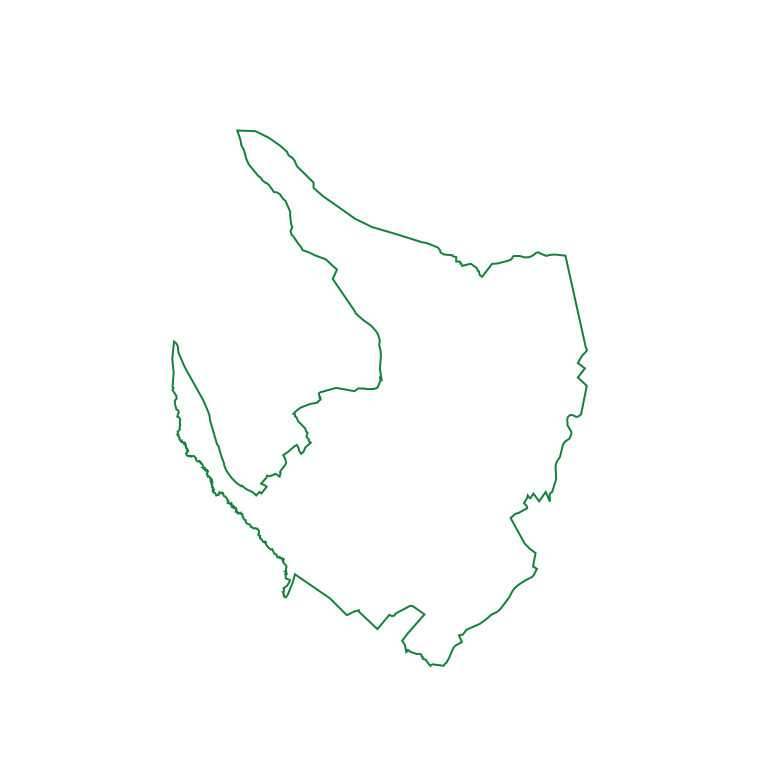 Draganesti, Bihor, Romania, rotated 252°
{"feature_id": "2599482B33118901585448", "entity_name": "Draganesti", "entity_type": "district", "adm_level": 2, "iso_a3": "ROU", "parent_name": "Romania", "parent_adm1": "Bihor", "projection": "equal_earth", "projection_center": [22.416, 46.641], "detail": "fine", "context": "isolated", "style": "outline", "palette": "green", "viewbox_px": 768, "rotation_deg": 252, "n_neighbors": 0, "source": "geoboundaries", "source_scale": "gbopen_adm2", "svg_char_len": 6163}
<svg xmlns="http://www.w3.org/2000/svg" viewBox="0 0 768 768"><g transform="rotate(252 384 384)"><path d="M450.0,596.2L454.4,586.4L455.6,581.2L455.6,578.1L459.5,573.3L461.5,571.6L461.7,568.6L461.3,568.3L460.0,564.1L459.8,560.9L460.9,557.0L463.9,552.4L465.5,547.3L465.4,546.1L463.1,543.5L462.9,539.1L463.6,528.8L464.9,524.0L455.6,510.4L458.1,508.7L462.1,509.0L462.5,508.3L465.7,508.0L471.6,503.7L472.2,494.8L474.7,494.7L474.9,493.9L476.8,494.2L478.2,490.5L482.4,491.9L484.3,488.8L485.3,488.9L488.5,481.3L491.6,478.4L494.1,478.6L497.3,477.3L504.7,468.4L507.3,463.6L523.2,441.3L536.9,421.2L549.9,407.7L581.1,384.3L592.2,377.6L597.4,379.2L617.8,368.6L623.7,368.0L627.6,366.6L630.8,364.0L635.0,363.4L642.7,358.9L653.8,350.5L664.2,339.8L670.4,322.8L660.0,322.9L655.3,322.1L649.4,323.1L640.9,322.6L634.7,323.2L620.6,328.8L617.9,330.8L615.5,331.1L611.6,333.7L611.2,334.7L608.4,336.2L600.5,338.7L599.3,341.5L596.8,343.5L591.7,345.1L588.5,346.9L576.7,348.0L573.4,346.8L564.4,345.1L561.4,345.1L558.1,342.3L554.3,342.3L552.2,343.4L543.3,346.0L540.6,347.3L536.6,347.9L531.8,353.9L527.5,358.3L520.7,367.0L507.3,374.6L499.8,367.7L461.6,378.9L459.9,378.9L452.0,383.5L442.7,390.2L435.6,393.1L432.3,393.7L426.9,393.5L422.0,391.3L417.2,391.1L412.2,389.9L399.3,384.7L389.2,383.1L390.7,382.2L388.4,381.8L382.6,376.9L382.3,373.3L384.2,366.8L386.3,362.7L386.3,361.8L387.8,358.4L386.3,353.7L395.1,337.3L395.8,320.7L395.1,319.1L392.8,318.7L391.2,319.3L390.9,318.6L388.9,319.0L387.6,315.6L386.9,315.2L387.8,307.3L387.7,304.6L387.3,297.4L385.7,292.7L383.6,288.7L383.0,289.7L382.2,289.9L380.6,289.4L379.1,290.6L375.4,290.7L366.4,295.2L362.7,295.3L361.4,296.3L357.9,293.9L354.3,295.4L352.8,294.8L350.9,296.3L347.9,289.5L344.5,286.6L343.2,283.6L346.7,282.7L350.3,282.9L353.0,282.3L352.3,279.3L349.0,271.6L347.5,266.2L343.5,266.9L339.6,266.7L337.9,265.4L333.3,258.8L332.3,257.9L331.2,258.1L328.2,256.1L332.1,253.1L331.5,246.9L333.0,244.5L331.4,243.4L327.2,236.4L324.2,239.6L322.5,240.6L317.8,233.6L319.9,232.2L317.5,228.0L321.3,226.0L326.9,220.2L331.2,217.5L331.4,217.0L331.0,216.5L335.5,213.1L342.3,209.8L350.4,207.3L355.2,206.9L358.1,207.3L365.8,207.0L376.1,207.4L378.2,206.6L402.9,207.3L408.0,208.3L413.5,208.1L424.2,207.1L461.7,199.7L477.3,198.2L483.9,199.6L487.4,198.8L489.2,197.4L473.6,190.5L459.7,187.4L446.3,181.9L445.2,182.6L443.8,181.0L437.1,182.8L434.2,182.3L432.8,179.9L429.6,179.0L423.9,178.7L422.7,180.0L420.5,180.1L416.8,177.3L415.8,178.7L413.4,179.2L409.8,177.6L408.2,177.7L406.5,176.4L403.7,175.7L402.4,173.0L400.7,172.9L399.8,171.8L398.8,172.8L398.2,172.2L396.0,173.0L395.0,172.4L392.1,173.2L392.5,174.1L391.1,174.0L391.1,174.6L390.0,175.2L389.9,176.4L389.2,176.5L388.4,176.6L388.3,175.7L387.3,176.6L386.7,176.5L386.9,176.1L383.9,176.0L383.4,176.3L383.4,176.9L380.8,177.1L380.1,175.9L381.0,176.0L378.9,174.2L376.9,174.6L375.5,176.1L375.8,176.9L375.2,178.3L374.5,178.2L374.5,180.3L374.1,181.1L371.6,182.3L370.1,181.7L369.1,182.1L367.6,183.2L368.0,184.6L366.6,185.4L365.9,185.0L365.1,185.3L365.2,185.8L362.9,186.5L360.6,186.4L360.6,185.5L359.2,186.5L360.1,187.0L359.3,187.8L357.4,188.1L357.5,187.3L356.9,187.3L356.2,188.4L356.7,188.4L356.7,189.3L355.1,189.5L353.4,187.6L351.2,188.3L351.4,187.8L350.9,187.6L350.3,187.8L350.2,188.6L349.2,189.7L348.0,189.5L347.1,190.7L345.6,190.6L346.2,190.3L346.2,189.3L345.7,189.1L344.3,189.2L344.7,189.7L344.5,190.3L342.1,189.0L341.6,189.6L339.3,188.6L337.5,188.9L337.8,189.5L335.6,189.4L336.0,188.5L335.1,187.8L333.4,188.4L332.3,189.8L329.8,190.0L330.1,191.5L329.6,192.3L332.0,194.1L330.1,195.5L330.1,195.9L330.8,195.8L330.8,196.6L329.6,197.2L328.1,196.9L326.4,197.4L326.2,198.2L322.9,199.4L320.0,198.9L320.1,199.5L318.9,198.7L317.7,200.8L318.1,201.9L317.7,202.2L316.4,201.2L315.7,202.0L314.2,201.2L313.8,202.0L314.9,202.3L314.8,203.0L313.3,203.5L312.5,202.9L312.4,204.3L311.8,204.9L310.9,204.4L310.4,204.8L308.6,203.6L308.5,204.7L307.2,204.5L306.1,205.0L305.9,205.4L306.5,205.9L305.5,206.9L305.8,207.8L304.8,207.7L304.3,209.0L301.5,208.5L301.1,209.0L299.7,208.8L297.9,209.5L297.1,210.4L296.4,209.9L293.8,210.3L291.8,212.9L289.1,213.4L288.8,214.3L286.9,215.2L286.7,217.1L285.5,218.1L285.6,218.9L282.8,219.7L281.1,218.8L280.3,218.9L279.9,218.0L278.7,217.9L277.8,219.3L275.6,218.3L274.9,219.3L271.5,220.1L270.6,221.1L271.0,222.0L270.3,222.7L269.8,222.8L269.3,222.0L265.8,222.8L261.6,225.1L261.4,226.7L256.7,227.2L254.7,229.1L252.4,229.0L251.6,230.0L251.9,231.1L251.4,231.6L250.7,231.2L250.0,232.5L248.6,232.8L249.3,233.7L248.5,234.6L247.7,234.2L247.5,233.3L246.4,233.5L245.6,233.0L241.2,234.9L239.7,234.6L239.0,233.8L235.9,233.1L236.2,231.9L233.7,232.9L233.0,232.4L232.9,231.5L233.8,231.6L233.7,231.3L232.2,231.4L229.6,230.5L226.5,234.0L225.0,233.0L222.0,229.3L220.8,225.3L220.0,225.6L217.6,224.6L217.0,224.2L217.3,223.4L214.1,223.8L214.0,223.2L212.5,223.4L211.4,224.8L213.4,227.4L223.9,236.2L230.5,240.5L196.9,266.3L175.6,277.2L176.8,285.8L176.6,290.1L175.6,289.6L152.9,302.0L162.8,317.8L161.0,319.6L160.5,321.5L160.8,322.7L162.1,324.1L164.9,340.1L164.6,341.6L163.5,343.0L152.4,351.3L139.3,329.3L134.3,322.0L129.5,323.2L122.2,322.4L122.7,323.4L123.9,324.0L123.8,324.5L122.2,325.8L121.4,325.9L120.7,326.9L117.3,331.4L116.1,335.1L114.5,336.0L113.4,335.6L112.6,336.5L110.9,335.8L108.9,338.4L103.1,340.3L101.6,341.2L102.2,341.6L102.4,343.5L97.6,353.7L99.1,355.5L99.6,357.2L103.5,361.4L111.5,368.3L113.1,371.1L114.5,378.3L121.8,377.7L121.3,381.4L124.8,386.6L126.3,401.0L128.7,408.5L131.2,414.2L132.5,421.9L134.6,426.0L142.3,437.0L147.1,441.9L149.5,445.1L151.6,450.4L153.4,457.0L154.8,465.3L156.1,467.5L161.0,472.3L164.4,469.3L176.3,475.9L182.4,471.6L189.2,468.4L217.4,463.0L219.9,468.7L219.8,472.3L221.6,481.8L224.1,482.0L227.4,480.3L230.7,484.2L233.6,486.3L230.2,487.4L230.1,487.8L233.5,492.3L224.5,495.3L231.3,504.4L220.8,505.5L226.9,507.1L228.6,508.1L229.2,510.1L230.0,511.0L240.4,518.4L252.6,521.7L254.8,522.8L257.0,524.7L260.3,528.8L271.2,535.6L273.2,538.3L274.8,543.6L278.0,546.4L280.5,547.4L287.9,545.8L294.1,547.5L295.7,548.6L296.9,551.1L296.5,553.3L293.4,556.6L293.0,558.7L294.3,562.1L319.6,576.3L330.3,570.4L336.8,579.9L344.0,574.8L349.6,581.0L353.2,587.5L356.2,587.2L450.0,596.2Z" fill="none" stroke="#15803d" stroke-width="2"/></g></svg>